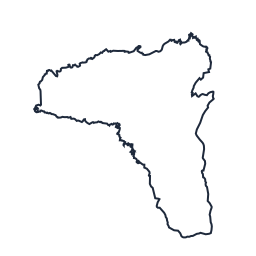 Mueang Phitsanulok, Phitsanulok, Thailand, rotated 97°
{"feature_id": "78962969B1264982226283", "entity_name": "Mueang Phitsanulok", "entity_type": "district", "adm_level": 2, "iso_a3": "THA", "parent_name": "Thailand", "parent_adm1": "Phitsanulok", "projection": "orthographic", "projection_center": [100.243, 16.805], "detail": "fine", "context": "isolated", "style": "outline", "palette": "slate", "viewbox_px": 256, "rotation_deg": 97, "n_neighbors": 0, "source": "geoboundaries", "source_scale": "gbopen_adm2", "svg_char_len": 5707}
<svg xmlns="http://www.w3.org/2000/svg" viewBox="0 0 256 256"><g transform="rotate(97 128 128)"><path d="M125.6,181.8L127.2,179.7L126.7,178.7L126.7,177.9L127.7,174.5L126.8,173.7L124.9,172.9L124.5,171.8L125.9,171.4L126.6,170.9L127.9,169.0L128.8,166.8L126.6,163.9L126.5,163.2L127.1,162.5L126.7,162.0L126.1,159.3L125.1,158.2L125.6,156.4L125.2,156.0L125.2,155.4L125.8,154.8L125.8,154.1L126.2,153.7L126.2,149.3L127.5,147.9L127.3,147.1L127.7,146.7L126.9,146.4L126.4,145.7L126.4,145.3L125.9,144.7L126.5,143.8L126.1,142.9L125.2,142.6L125.3,141.4L125.0,140.8L125.5,140.0L124.5,139.2L124.9,138.6L124.9,137.8L125.3,137.7L125.3,137.0L126.1,136.6L127.5,137.2L127.2,139.9L128.5,140.2L129.3,138.1L129.0,137.6L129.1,136.1L130.6,136.1L134.1,136.8L134.0,137.6L135.1,138.0L136.0,135.7L137.6,135.5L138.6,134.2L139.3,134.6L141.2,134.6L140.9,133.0L141.0,132.6L141.3,132.6L141.4,130.5L142.2,130.1L142.3,129.1L142.7,129.1L144.5,130.4L145.5,130.4L145.7,130.2L145.1,130.3L145.0,129.9L144.1,129.3L143.8,128.5L144.0,126.9L145.0,126.4L145.2,125.9L144.9,125.4L144.2,126.0L143.2,125.8L144.1,124.2L143.6,122.8L143.7,121.6L145.2,121.5L145.5,123.1L146.1,123.3L147.2,121.2L148.4,120.7L149.4,119.7L149.0,121.3L150.1,121.5L151.4,122.5L151.8,120.8L151.3,119.8L153.3,121.1L153.6,120.9L152.3,118.8L153.2,118.9L153.7,118.7L155.2,119.3L156.1,118.4L157.1,118.4L157.2,116.9L157.8,115.9L159.8,114.6L160.4,115.3L160.9,115.2L161.7,113.7L161.4,112.9L159.8,114.0L159.5,114.0L159.3,113.6L160.2,112.8L162.5,108.9L162.4,107.3L165.3,107.0L166.1,104.3L168.9,101.4L170.3,101.0L172.5,101.5L173.1,101.0L173.0,100.3L180.8,99.5L183.2,98.0L184.4,96.2L194.4,92.4L194.5,88.9L194.8,88.1L198.1,89.5L201.9,90.0L202.8,89.7L203.5,88.6L203.3,86.8L207.7,81.8L209.8,80.3L211.9,79.6L213.0,78.5L214.9,78.0L217.1,77.0L218.5,77.1L220.6,75.6L221.7,75.2L223.9,69.8L223.8,65.8L226.1,63.3L228.8,61.8L229.6,60.6L229.8,59.4L229.5,57.3L228.6,55.9L228.5,54.0L227.5,52.2L227.2,50.5L224.7,46.9L224.0,44.5L223.2,43.3L224.0,37.9L223.1,34.6L222.2,33.0L219.1,32.7L215.5,32.8L213.3,33.4L211.5,34.4L206.0,35.6L204.1,36.4L200.0,36.0L196.9,35.3L195.9,35.4L192.7,37.7L190.7,40.0L183.8,40.3L176.9,42.4L175.8,43.7L174.1,44.2L172.6,43.9L171.8,44.7L169.4,45.2L168.0,46.5L167.8,47.4L164.5,48.1L163.7,48.9L161.9,49.5L161.5,49.4L160.9,48.6L161.0,47.9L154.1,47.0L151.4,47.6L148.9,50.0L148.3,50.2L139.7,49.9L136.4,50.5L134.8,51.2L133.5,52.2L130.7,55.4L127.0,59.0L125.2,60.0L121.1,59.5L114.1,57.0L106.0,55.3L101.8,53.4L97.9,51.0L96.2,51.7L92.8,50.3L88.8,46.6L88.3,46.6L88.0,47.1L86.0,47.7L83.9,47.5L81.8,47.6L81.5,48.1L82.4,50.6L83.7,52.4L85.8,53.7L85.7,55.7L85.2,57.9L85.3,58.4L86.5,60.1L88.0,61.1L88.4,61.7L88.0,63.0L85.4,65.1L88.5,68.3L87.0,68.7L85.4,68.1L85.0,69.1L82.7,68.7L80.1,67.8L78.4,67.8L76.9,67.2L74.7,66.3L69.8,63.1L71.1,61.6L68.8,59.6L64.3,59.6L62.6,54.4L60.0,55.4L59.0,53.6L52.7,53.6L52.6,53.9L52.0,54.2L51.9,54.0L49.3,55.2L47.4,55.2L46.8,55.9L45.9,56.1L45.9,56.9L45.1,57.1L44.3,57.9L43.3,58.2L42.7,59.9L42.2,59.9L41.9,59.4L41.2,59.2L40.3,59.8L39.7,59.0L39.0,58.9L37.8,60.0L38.1,60.7L37.8,61.1L38.0,62.3L37.7,63.7L36.1,66.7L34.2,67.3L33.8,68.1L33.4,67.8L33.3,67.4L32.5,67.6L31.7,68.9L32.3,69.3L31.9,69.5L32.1,70.0L31.6,70.1L31.8,70.6L31.3,70.8L30.8,70.5L30.8,71.0L30.1,71.5L30.1,72.0L29.0,71.9L29.2,72.4L30.3,72.8L30.2,73.5L30.6,74.3L29.6,74.3L29.4,75.2L28.6,75.6L27.2,75.3L27.0,75.6L27.2,76.5L26.5,76.5L26.2,77.0L28.2,77.7L27.6,78.1L28.0,78.7L28.9,78.5L28.8,77.5L29.1,77.3L29.7,77.4L29.9,77.9L30.7,78.1L31.1,77.6L31.5,77.6L31.5,78.4L32.5,78.5L33.1,79.0L33.9,78.7L34.3,79.9L35.2,80.3L36.2,82.1L36.7,84.9L38.4,86.2L38.0,86.5L35.6,86.0L35.4,86.3L35.7,87.2L35.4,87.6L34.4,87.0L34.0,87.1L34.6,88.2L37.2,89.2L37.6,89.6L37.3,90.2L36.6,90.3L36.3,90.9L37.1,91.6L36.9,92.2L34.9,92.9L35.3,94.4L36.2,95.4L35.9,96.0L35.2,96.2L35.2,97.0L37.2,98.4L39.9,101.9L40.9,102.8L42.5,103.5L46.1,104.0L47.8,105.2L48.6,106.9L48.1,108.8L48.2,109.8L52.3,115.9L53.5,119.8L53.4,121.8L52.5,122.1L52.2,123.5L51.7,123.6L51.9,124.2L51.5,125.5L50.3,127.9L49.0,128.1L46.2,125.5L45.5,125.6L45.2,126.3L45.4,127.5L46.4,128.1L47.3,129.5L51.1,131.7L53.3,136.3L53.2,136.6L52.3,136.9L52.2,138.6L52.7,140.5L52.0,140.6L51.9,141.2L52.8,147.5L53.1,152.1L54.4,154.4L53.7,154.8L54.6,156.8L52.5,159.3L53.8,160.7L54.4,160.9L54.7,161.8L56.6,162.9L56.3,164.2L58.2,165.6L59.5,167.5L59.5,169.0L60.3,169.8L61.1,169.7L62.3,170.3L63.9,171.9L63.8,172.4L63.1,172.6L62.9,173.0L62.9,173.4L63.7,173.9L63.7,175.2L65.0,176.7L66.0,176.8L66.6,177.3L67.4,177.2L68.0,177.9L68.6,180.6L68.4,181.0L69.4,183.2L70.1,183.8L71.6,183.2L72.1,183.3L73.3,184.9L73.4,185.8L72.6,186.4L72.1,187.8L71.6,188.3L72.3,188.9L72.3,190.2L74.3,190.6L74.8,191.1L75.0,192.0L74.8,192.5L73.9,193.2L72.3,193.8L72.2,194.2L72.6,194.9L74.1,194.3L74.6,194.6L75.7,197.0L76.3,200.7L77.5,201.8L79.2,201.7L79.9,202.0L80.4,203.2L79.9,205.3L80.4,205.8L83.9,204.5L85.3,204.6L85.2,205.8L80.3,211.1L80.7,211.6L80.0,213.1L80.3,214.1L81.0,214.3L81.2,215.4L83.7,215.3L83.7,215.8L84.6,216.3L84.9,217.1L85.4,217.0L87.9,218.7L90.7,219.0L92.5,220.3L92.8,221.0L93.8,221.3L94.5,221.2L95.9,222.3L99.4,221.0L100.8,219.7L102.1,219.3L115.5,217.2L116.3,217.7L115.8,219.6L116.9,221.9L119.8,222.8L120.0,222.2L118.9,220.8L119.2,220.2L119.9,219.7L120.6,222.0L120.6,223.3L121.0,223.3L121.7,222.5L122.5,222.4L123.2,221.5L123.5,220.4L123.3,220.0L122.5,220.2L122.1,219.9L122.1,219.4L122.8,218.6L122.4,218.1L122.4,217.1L121.4,216.8L121.2,216.1L121.8,214.3L121.7,213.4L122.7,212.7L122.5,212.2L123.0,210.5L122.6,210.1L123.2,208.8L122.6,207.5L123.0,207.0L122.8,206.6L123.5,205.5L123.4,204.2L124.1,201.4L125.4,200.3L125.6,199.4L126.1,199.3L126.3,198.8L125.8,196.0L124.9,194.4L125.0,192.6L124.5,189.2L125.0,188.7L124.9,187.9L124.1,186.4L125.8,185.4L125.3,182.9L125.6,181.8Z" fill="none" stroke="#1e293b" stroke-width="2"/></g></svg>